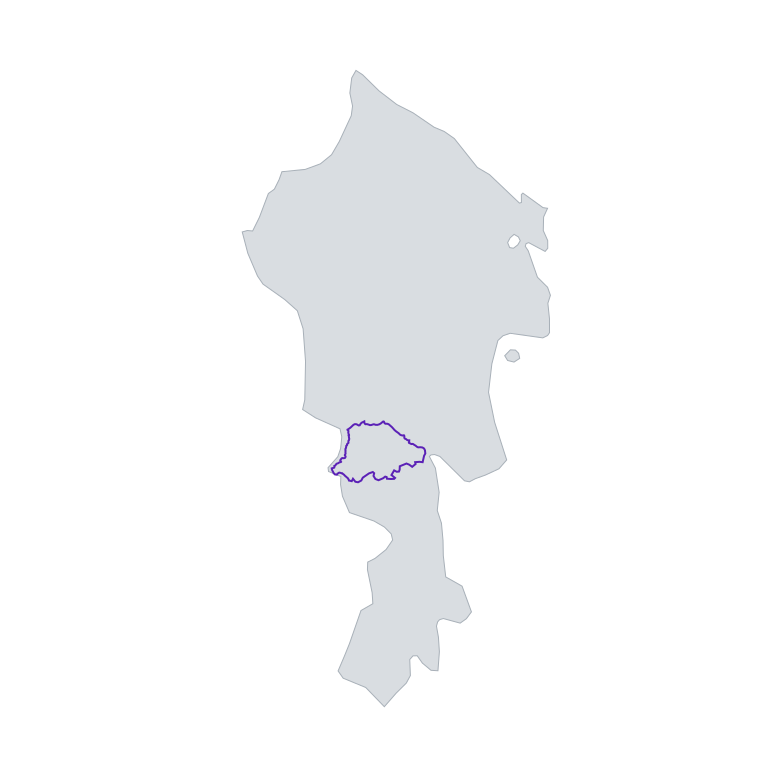 location of Yeghegnadzor, Vayots Dzor, Armenia, rotated 44°
{"feature_id": "60910142B56159953902843", "entity_name": "Yeghegnadzor", "entity_type": "district", "adm_level": 2, "iso_a3": "ARM", "parent_name": "Armenia", "parent_adm1": "Vayots Dzor", "projection": "orthographic", "projection_center": [45.236, 39.785], "detail": "fine", "context": "in_parent", "style": "outline", "palette": "violet", "viewbox_px": 768, "rotation_deg": 44, "n_neighbors": 0, "source": "geoboundaries", "source_scale": "gbopen_adm2", "svg_char_len": 5197}
<svg xmlns="http://www.w3.org/2000/svg" viewBox="0 0 768 768"><g transform="rotate(44 384 384)"><path d="M343.2,458.9L338.0,450.4L311.8,422.2L287.5,400.5L270.8,391.5L253.9,392.2L227.6,396.2L218.0,394.2L195.3,384.6L176.4,373.1L179.1,368.5L183.2,365.2L178.6,350.7L168.5,327.3L169.8,320.0L166.6,309.9L163.1,302.2L178.3,284.3L185.3,269.8L187.0,255.5L183.4,240.7L174.1,213.8L168.3,205.9L157.3,198.4L148.2,186.3L146.0,177.9L153.9,176.4L176.8,176.6L199.0,174.1L216.4,168.8L241.6,164.5L252.0,160.5L264.1,158.6L300.7,163.4L314.4,160.1L355.7,159.8L356.8,158.0L351.2,152.3L351.3,150.2L375.8,146.7L379.6,144.0L382.8,153.0L392.0,163.0L402.1,167.1L407.5,172.6L407.8,176.7L389.9,181.8L388.7,184.3L389.9,186.8L395.2,188.0L420.2,200.6L434.5,200.8L442.1,204.6L445.8,212.1L457.8,222.2L467.4,232.1L468.0,235.5L466.2,240.5L439.5,259.9L436.1,266.6L435.7,273.6L447.6,294.6L465.0,317.4L490.2,334.7L525.0,353.4L525.6,365.1L520.2,379.1L515.5,388.6L513.4,395.0L509.2,397.7L474.5,397.3L469.4,399.6L467.1,402.3L466.9,404.6L479.4,408.8L498.9,423.6L510.2,438.0L522.0,444.2L535.2,455.6L545.8,466.2L562.4,479.9L580.6,475.2L605.2,487.2L606.3,495.6L604.9,503.1L589.6,511.5L587.7,514.9L587.8,517.8L589.9,521.7L599.0,528.3L609.8,538.1L622.0,552.8L616.7,557.3L605.5,558.1L596.7,556.4L593.7,559.4L593.9,564.3L605.5,575.4L607.8,583.6L607.5,597.9L608.4,615.9L581.7,615.0L559.0,624.0L550.3,622.3L544.5,607.1L539.5,594.7L524.8,562.9L528.6,549.8L520.5,542.4L501.0,529.0L496.0,523.4L498.7,515.7L500.5,501.6L498.6,490.2L493.3,486.8L483.7,486.6L472.0,489.5L448.5,500.5L432.1,493.6L422.6,486.5L417.2,480.5L404.9,485.5L401.9,483.1L401.3,468.4L397.6,460.5L390.3,451.3L383.5,446.8L358.3,455.9L343.2,458.9ZM382.8,196.4L383.6,191.1L382.5,186.3L378.5,184.8L373.6,186.0L373.2,191.3L374.7,196.4L379.6,198.6L382.8,196.4ZM462.3,277.9L456.6,281.2L451.2,279.8L451.2,271.6L455.0,268.3L459.5,268.4L463.8,271.3L462.3,277.9Z" fill="#d9dde1" stroke="#a8b0b8" stroke-width="1"/><path d="M395.8,424.6L394.8,427.4L394.8,428.8L395.2,430.6L394.6,431.4L392.3,432.0L391.0,433.0L390.4,434.5L390.2,438.6L389.7,441.4L389.4,442.2L389.6,442.4L390.2,442.4L390.8,442.4L391.1,442.5L391.4,442.9L391.7,443.2L391.8,443.5L392.0,443.7L392.2,443.9L392.6,444.1L393.4,444.6L394.1,444.8L394.3,445.0L394.1,445.3L394.1,445.5L394.3,445.6L394.6,445.6L394.8,445.8L395.0,446.0L395.4,446.4L395.7,446.5L396.0,446.8L396.1,447.0L396.4,447.2L396.8,447.4L397.1,447.6L397.3,447.9L397.4,448.1L397.6,448.5L397.8,448.7L397.8,449.1L397.9,449.6L398.1,449.8L398.4,450.2L398.9,450.6L399.3,451.0L399.3,451.4L399.2,451.8L399.2,452.2L399.2,452.6L399.2,452.9L399.3,453.1L399.6,453.2L399.8,453.4L399.9,453.8L399.9,454.1L399.8,454.7L399.9,454.8L400.1,455.0L400.4,455.5L400.6,455.9L401.0,456.2L401.1,456.5L401.2,457.0L401.3,457.4L401.5,457.7L401.7,457.8L402.0,458.1L402.1,458.3L402.4,458.6L402.5,458.7L402.8,458.8L402.9,459.0L403.2,459.3L403.5,459.8L404.0,460.2L404.4,460.4L404.7,460.9L404.9,461.2L404.9,461.5L405.0,461.8L405.1,462.2L405.4,462.5L405.9,462.6L406.2,462.6L406.5,462.7L406.9,463.0L407.1,463.5L407.3,464.1L407.1,464.6L406.7,465.3L405.8,465.9L405.4,466.3L405.2,467.0L405.3,467.6L405.3,468.0L405.4,468.7L405.5,469.2L405.7,469.4L406.2,469.5L406.8,469.7L407.2,469.8L407.2,470.1L406.8,470.7L406.5,471.2L406.2,472.0L406.1,472.5L406.0,473.0L405.8,473.4L405.4,474.0L405.3,474.5L405.3,475.0L405.4,475.3L405.4,475.6L405.5,476.0L405.5,476.5L405.5,477.0L405.4,477.1L405.2,477.4L405.4,477.6L405.8,478.0L406.2,478.5L406.3,478.7L406.1,479.0L405.7,479.8L405.1,480.8L405.0,481.0L405.5,481.4L406.1,481.7L406.8,482.1L407.4,482.3L408.1,482.5L408.9,482.8L409.2,482.9L409.5,483.0L409.8,483.0L410.3,483.1L410.7,483.1L411.3,483.1L411.6,483.1L412.0,482.8L412.5,482.4L412.9,482.1L413.1,481.9L413.1,481.6L413.0,481.2L412.8,480.8L413.0,480.3L413.1,479.8L413.2,479.2L413.4,478.8L413.6,478.7L413.9,478.5L414.2,478.3L414.5,478.1L414.9,477.9L415.3,477.8L415.6,477.7L415.8,477.3L416.1,477.2L416.6,477.3L417.4,477.1L417.9,477.1L418.4,477.0L418.9,477.1L419.5,477.1L420.0,477.1L420.4,477.1L421.0,477.0L421.7,477.0L422.2,477.0L422.9,476.9L423.6,476.9L424.0,477.1L424.6,477.2L424.9,477.2L425.8,477.8L428.3,476.3L427.5,473.7L431.3,474.2L433.6,472.7L434.7,469.2L433.8,466.1L435.3,458.7L437.1,455.1L438.9,455.0L440.3,457.4L443.8,458.3L446.9,457.0L448.8,452.5L449.2,449.8L450.5,449.1L451.9,450.1L454.9,447.6L457.2,445.2L457.2,443.9L452.6,444.3L451.3,439.1L454.1,438.3L455.6,436.6L454.8,434.8L452.5,432.2L455.4,425.6L458.2,424.5L461.8,424.0L462.3,419.6L460.7,418.6L463.6,415.3L466.1,413.4L462.7,407.8L462.0,405.3L459.6,403.3L458.4,402.8L457.3,402.6L455.7,403.0L454.2,404.1L452.5,405.9L451.2,406.3L449.5,406.4L448.0,406.8L446.9,406.9L446.2,407.2L445.5,408.1L444.7,408.4L443.7,408.7L442.9,409.0L442.5,408.8L442.1,407.9L441.3,407.0L440.5,407.8L439.7,408.2L438.2,408.3L436.9,408.8L436.0,408.6L434.9,407.4L434.2,407.0L433.8,407.2L433.1,408.2L431.7,409.0L430.5,409.3L428.8,409.2L425.5,409.7L423.4,409.8L421.3,409.6L421.2,409.6L419.5,409.5L415.3,409.7L414.0,410.3L412.6,411.6L411.7,411.8L410.3,411.2L409.8,411.2L409.4,411.7L409.1,414.6L408.6,416.3L407.6,418.0L406.2,419.3L405.3,419.6L404.4,420.3L403.3,422.4L402.5,423.3L401.1,423.9L399.6,424.7L398.6,425.8L397.9,425.9L397.1,425.7L395.8,424.6Z" fill="none" stroke="#5b21b6" stroke-width="2"/></g></svg>